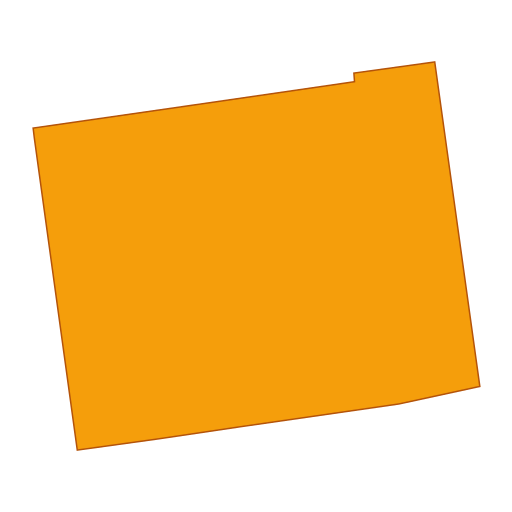 the district of Lyon, Minnesota, United States of America, rotated 82°
{"feature_id": "52423323B64870034285925", "entity_name": "Lyon", "entity_type": "district", "adm_level": 2, "iso_a3": "USA", "parent_name": "United States of America", "parent_adm1": "Minnesota", "projection": "mercator", "projection_center": [-95.88, 44.413], "detail": "fine", "context": "isolated", "style": "filled", "palette": "amber", "viewbox_px": 512, "rotation_deg": 82, "n_neighbors": 0, "source": "geoboundaries", "source_scale": "gbopen_adm2", "svg_char_len": 305}
<svg xmlns="http://www.w3.org/2000/svg" viewBox="0 0 512 512"><g transform="rotate(82 256 256)"><path d="M88.7,52.0L88.5,133.6L97.1,134.2L97.8,295.3L98.3,458.9L108.3,459.1L423.3,460.0L423.5,378.2L422.9,296.4L422.4,135.0L416.3,52.5L88.7,52.0Z" fill="#f59e0b" stroke="#b45309" stroke-width="1.5"/></g></svg>